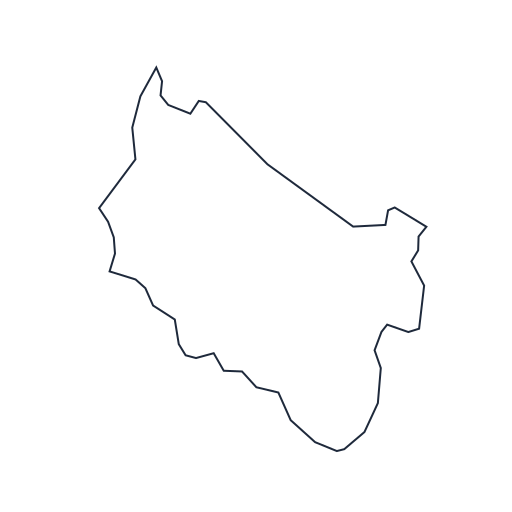 West Berkshire, Mercator projection, rotated 215°
{"feature_id": "GBR-5700", "entity_name": "West Berkshire", "entity_type": "Unitary Authority", "adm_level": 1, "iso_a3": "GBR", "parent_name": "United Kingdom", "parent_adm1": "", "projection": "mercator", "projection_center": [-1.328, 51.443], "detail": "fine", "context": "isolated", "style": "outline", "palette": "slate", "viewbox_px": 512, "rotation_deg": 215, "n_neighbors": 0, "source": "natural_earth", "source_scale": "10m", "svg_char_len": 770}
<svg xmlns="http://www.w3.org/2000/svg" viewBox="0 0 512 512"><g transform="rotate(215 256 256)"><path d="M445.8,353.2L433.2,345.3L426.3,332.8L414.5,329.4L391.4,334.9L391.8,350.2L385.3,353.2L299.2,337.7L193.3,335.8L167.8,355.7L174.0,369.2L170.2,375.3L133.2,377.7L134.0,365.2L126.4,353.6L125.6,340.7L101.3,328.2L80.7,290.0L87.6,281.1L109.2,275.0L109.7,265.8L104.8,246.8L89.5,235.8L71.8,205.4L69.0,189.8L66.2,174.0L72.9,148.4L77.9,142.6L100.8,137.4L133.4,141.4L159.4,157.0L180.4,148.7L201.2,153.4L216.6,143.5L234.9,152.1L246.6,138.0L256.7,134.3L268.7,139.5L286.1,157.4L311.9,156.4L328.2,166.2L341.2,167.7L367.1,159.4L372.9,177.1L383.2,189.7L396.8,199.2L412.0,205.2L410.2,266.0L431.0,290.2L442.3,320.5L445.8,353.2Z" fill="none" stroke="#1e293b" stroke-width="2"/></g></svg>